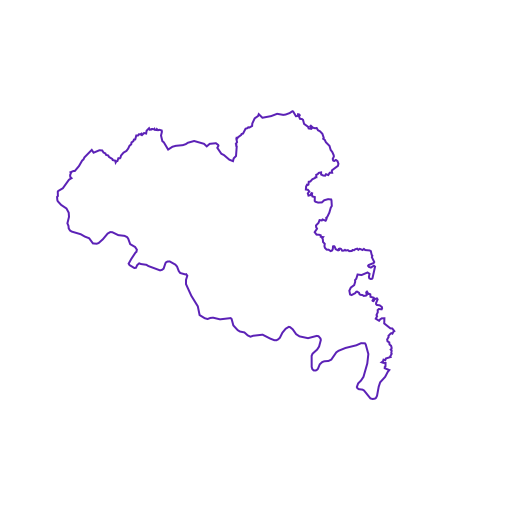 Metsi-Maholo, Mafeteng, Lesotho, rotated 231°
{"feature_id": "5366337B55767639194071", "entity_name": "Metsi-Maholo", "entity_type": "district", "adm_level": 2, "iso_a3": "LSO", "parent_name": "Lesotho", "parent_adm1": "Mafeteng", "projection": "orthographic", "projection_center": [27.155, -29.616], "detail": "fine", "context": "isolated", "style": "outline", "palette": "violet", "viewbox_px": 512, "rotation_deg": 231, "n_neighbors": 0, "source": "geoboundaries", "source_scale": "gbopen_adm2", "svg_char_len": 6118}
<svg xmlns="http://www.w3.org/2000/svg" viewBox="0 0 512 512"><g transform="rotate(231 256 256)"><path d="M344.9,375.8L345.6,375.4L345.9,372.1L347.3,368.0L348.5,366.0L353.2,361.9L355.2,355.8L359.4,348.0L364.5,347.4L363.5,345.7L363.8,341.6L361.3,336.5L359.5,334.8L360.0,331.7L360.9,331.0L360.7,329.9L361.5,328.0L359.3,323.0L359.9,321.6L359.4,320.7L359.6,316.6L359.2,315.6L360.0,315.2L359.5,314.5L356.4,312.9L355.8,310.9L354.7,310.7L354.1,309.9L353.3,310.0L346.3,303.4L345.9,300.1L344.2,297.8L347.6,295.9L354.6,294.6L357.3,293.4L364.4,294.0L365.3,296.2L366.1,296.5L368.9,295.8L372.3,290.6L372.2,286.7L375.9,286.2L384.3,280.3L386.9,274.3L387.1,271.9L388.2,268.9L392.1,263.0L393.5,259.8L394.0,254.7L402.3,255.9L404.2,255.5L409.4,258.0L411.7,261.0L412.9,261.7L414.9,260.3L415.4,259.0L417.0,258.8L416.6,257.9L417.7,256.8L418.7,257.1L418.6,256.4L420.0,255.4L420.4,254.7L420.1,254.3L421.0,252.9L422.6,253.3L422.2,249.8L420.3,247.7L422.0,246.4L421.7,243.4L422.4,243.1L423.2,243.7L423.4,242.5L424.3,241.6L423.9,240.1L425.0,238.8L422.6,235.5L423.3,234.4L422.4,232.9L422.6,230.7L421.3,229.3L421.3,227.1L419.9,224.2L419.2,221.4L419.7,218.1L419.0,214.3L417.7,212.5L417.6,211.6L418.6,210.6L417.0,208.0L417.5,207.1L417.0,205.8L418.7,206.6L420.7,205.0L421.8,205.4L425.4,204.1L427.1,204.4L429.0,203.1L430.5,203.5L432.4,202.6L434.8,202.9L436.7,200.9L438.5,194.8L441.8,195.1L440.6,184.7L439.6,182.6L439.6,181.0L437.3,175.0L436.1,168.7L436.9,167.7L437.8,164.6L437.1,164.6L435.9,162.5L434.3,161.4L432.6,161.6L433.0,158.7L430.2,148.5L431.0,143.2L430.7,142.4L427.3,139.8L427.1,138.6L424.5,136.8L423.3,136.4L418.4,136.7L412.2,138.6L407.5,137.7L404.1,135.3L400.1,130.0L397.4,129.2L395.3,127.8L392.8,127.5L390.9,128.2L383.2,133.5L378.8,135.2L374.8,137.5L368.4,137.2L365.8,139.9L365.1,141.9L365.4,147.7L366.8,154.8L366.3,157.8L364.9,159.3L358.9,162.1L354.4,166.5L351.8,167.7L349.9,167.6L344.4,165.7L339.1,167.7L335.9,167.4L334.5,165.7L334.5,164.5L332.2,157.2L330.2,152.2L328.5,152.0L323.2,153.9L322.4,155.3L323.7,158.0L323.8,160.6L322.2,161.5L318.1,165.3L316.0,166.0L305.2,172.4L304.4,174.2L304.3,176.2L307.4,181.1L307.7,182.1L307.4,183.7L306.1,185.5L300.1,187.9L297.5,188.0L292.9,186.5L290.5,186.4L286.0,189.6L285.8,190.3L283.9,190.2L281.5,186.6L278.2,183.9L265.8,180.7L253.5,179.1L245.6,175.0L239.9,177.0L237.5,178.7L236.6,181.5L235.1,183.8L229.4,188.2L223.7,197.2L222.4,197.4L216.3,194.7L209.9,195.1L207.4,196.0L203.9,198.9L199.5,199.6L196.8,200.9L195.8,203.6L190.7,211.6L182.8,215.1L179.1,217.2L177.7,218.8L177.3,220.5L177.4,223.0L179.8,228.3L180.8,233.3L180.3,236.9L179.3,237.7L175.9,238.4L170.0,238.0L166.2,239.2L159.4,244.7L155.7,252.9L154.3,254.1L151.3,254.2L149.9,253.5L145.9,248.0L144.8,244.6L144.5,238.5L143.4,236.4L134.8,229.5L132.7,228.6L130.8,228.8L129.4,230.4L129.2,231.7L129.3,233.0L131.7,237.4L131.9,240.7L131.2,242.8L128.8,246.3L128.1,249.3L130.6,257.8L130.4,260.5L128.2,267.7L123.5,277.7L122.1,282.8L119.6,285.7L118.2,285.6L109.1,281.6L102.4,274.8L94.4,263.4L93.1,259.1L92.7,255.2L90.7,251.9L89.4,251.6L87.8,252.1L85.1,254.7L83.5,255.3L73.3,255.3L71.4,256.7L70.3,258.7L70.2,259.9L71.2,262.1L77.2,269.1L79.7,273.0L80.8,280.3L83.0,285.4L83.5,287.8L87.8,285.4L88.7,286.2L88.8,287.2L91.4,289.4L92.8,287.7L94.3,286.8L94.2,288.3L95.2,289.9L93.7,290.9L94.6,292.5L92.8,297.0L93.5,297.1L94.6,299.9L95.5,300.1L97.0,301.8L98.5,301.8L98.6,303.0L99.6,303.8L101.3,304.5L103.2,304.1L105.0,305.2L106.9,304.5L108.6,305.4L109.6,308.1L110.6,308.7L111.0,311.8L110.9,312.6L109.8,313.1L110.7,315.3L110.6,316.2L113.9,316.3L115.2,314.9L122.9,313.2L126.8,316.6L128.4,314.5L128.6,312.5L128.2,310.9L131.9,309.6L133.0,312.2L134.3,312.5L135.7,315.3L137.4,316.5L137.5,318.1L135.5,320.1L136.0,321.1L137.1,321.7L139.8,321.1L141.9,319.1L142.9,319.0L143.9,319.7L145.7,323.2L147.0,323.3L147.7,321.3L147.0,318.9L147.7,318.4L148.1,318.5L148.9,321.2L149.6,321.2L152.2,319.3L154.3,320.7L155.1,320.4L155.7,319.5L158.5,319.8L158.4,318.8L156.0,317.5L156.0,316.5L157.2,314.6L158.6,314.2L160.2,312.7L161.1,312.4L162.6,312.9L164.8,312.1L165.1,311.4L164.7,309.7L165.5,305.7L166.9,304.9L170.3,306.7L171.8,309.8L171.6,314.0L173.5,316.8L174.9,317.8L175.2,319.6L177.7,323.3L174.8,326.0L173.0,332.3L170.7,333.0L168.7,330.6L167.3,330.0L165.9,330.7L165.3,331.7L165.4,332.5L172.8,341.8L174.3,341.5L174.7,338.0L176.4,336.9L177.8,336.9L178.1,337.8L176.5,343.1L176.9,344.1L182.2,345.3L183.0,346.6L184.1,346.6L187.5,348.3L188.8,347.8L191.9,344.6L193.6,344.3L193.6,342.6L196.3,341.1L196.4,339.4L198.0,339.3L198.8,337.3L198.8,335.8L199.9,334.8L199.6,333.6L201.1,331.5L202.7,331.1L203.7,329.3L204.8,329.0L204.9,327.7L205.9,326.3L208.0,326.5L209.0,325.9L209.4,324.9L208.4,324.2L208.7,323.3L211.2,322.2L213.8,323.0L214.6,322.8L215.0,321.9L213.1,320.1L212.4,318.6L212.8,317.1L215.2,316.4L216.5,314.9L219.0,314.7L220.6,315.4L222.2,317.1L224.7,316.9L227.0,318.5L228.2,318.7L228.5,320.0L230.2,318.4L231.3,319.3L232.7,318.5L234.5,316.5L237.6,316.6L238.8,320.6L240.6,320.9L242.0,321.9L242.4,325.4L243.9,328.0L242.2,329.5L242.5,330.7L239.6,332.3L240.0,333.4L240.8,334.6L241.4,334.5L241.6,336.1L243.5,340.2L246.5,344.5L247.2,346.4L251.5,349.5L252.6,350.0L254.8,347.8L256.4,344.1L256.2,340.9L258.4,337.9L260.8,336.3L261.9,336.3L264.8,338.8L266.8,337.3L268.4,338.0L269.4,339.1L270.0,338.7L269.1,336.5L269.9,334.8L272.1,335.7L272.6,338.0L274.8,338.0L276.3,336.6L278.5,338.7L279.3,340.5L278.6,340.9L278.5,341.7L280.5,343.7L279.7,345.1L280.2,348.1L279.5,350.9L279.8,351.6L279.2,352.5L281.2,353.9L280.8,355.5L281.1,357.1L280.0,359.2L278.3,357.9L276.2,358.9L274.9,360.3L275.5,361.9L273.4,363.1L274.3,365.7L272.8,367.6L274.3,368.3L274.8,369.2L274.5,376.4L275.8,378.1L278.3,379.0L280.0,378.7L280.5,378.3L280.5,376.8L281.3,376.1L282.1,376.2L283.2,376.8L284.3,379.1L285.4,379.8L288.7,380.7L291.5,380.8L295.3,382.4L300.4,381.9L303.0,382.5L304.8,382.0L305.2,383.0L309.2,384.5L312.7,384.2L314.7,383.3L317.3,383.7L318.1,382.3L319.9,381.0L322.7,380.6L322.6,379.8L320.2,380.0L320.0,379.0L322.0,377.2L323.6,377.8L328.4,376.5L332.2,378.2L333.5,377.9L334.9,376.5L337.4,377.2L337.9,378.6L339.1,378.5L339.7,377.9L338.9,377.2L338.8,376.1L339.5,375.0L344.9,375.8Z" fill="none" stroke="#5b21b6" stroke-width="2"/></g></svg>